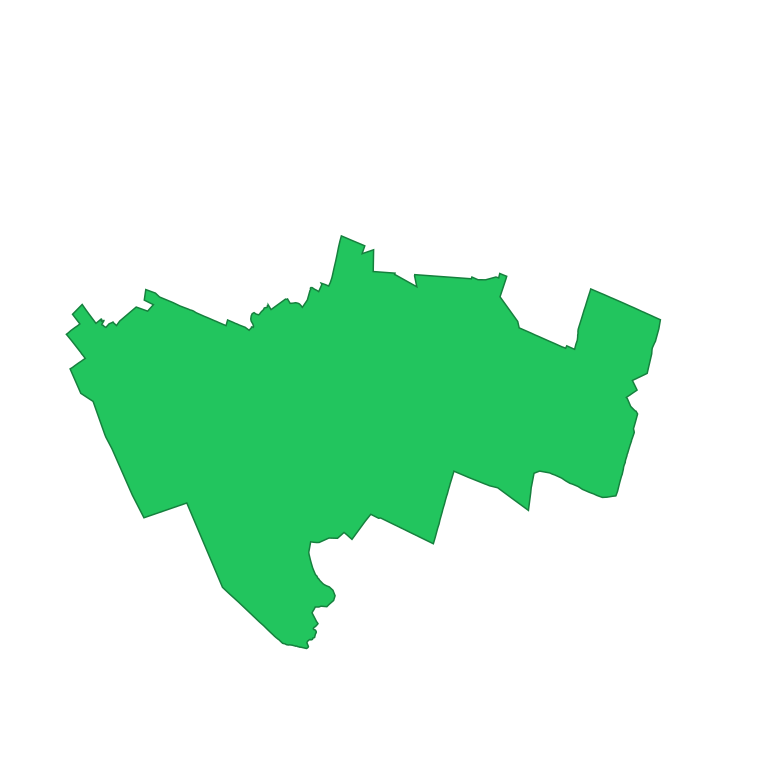 Tumbalá, Chiapas, Mexico, rotated 334°
{"feature_id": "50627088B92638751100187", "entity_name": "Tumbalá", "entity_type": "district", "adm_level": 2, "iso_a3": "MEX", "parent_name": "Mexico", "parent_adm1": "Chiapas", "projection": "natural_earth1", "projection_center": [-92.267, 17.308], "detail": "fine", "context": "isolated", "style": "filled", "palette": "green", "viewbox_px": 768, "rotation_deg": 334, "n_neighbors": 0, "source": "geoboundaries", "source_scale": "gbopen_adm2", "svg_char_len": 6123}
<svg xmlns="http://www.w3.org/2000/svg" viewBox="0 0 768 768"><g transform="rotate(334 384 384)"><path d="M660.6,447.4L659.3,445.9L657.0,443.1L655.9,441.8L654.8,440.4L650.2,434.9L649.1,433.5L647.9,432.2L644.5,428.0L642.3,425.3L641.1,423.9L639.9,422.5L638.8,421.2L634.9,416.5L630.4,411.2L628.1,408.5L627.0,407.2L625.8,405.9L624.4,404.2L621.8,401.1L620.7,399.8L618.4,397.2L611.5,389.2L609.9,391.0L606.3,394.7L604.2,396.9L600.2,401.2L599.1,402.4L596.2,405.3L595.1,406.5L594.0,407.7L592.8,409.0L591.6,410.3L590.1,411.9L583.1,419.3L582.2,420.4L581.3,421.9L580.6,423.5L579.5,425.0L578.7,426.6L576.9,429.4L573.9,432.4L570.5,436.4L566.9,432.1L565.9,430.9L565.0,429.8L562.9,431.5L561.7,430.1L560.3,428.7L555.0,422.3L550.3,416.8L543.6,408.8L541.5,406.4L538.6,402.8L530.1,392.8L531.6,386.4L526.5,356.5L539.4,343.3L541.5,341.0L539.3,338.6L536.5,335.4L533.6,338.9L531.5,336.9L521.0,334.9L514.2,331.5L509.9,326.4L508.6,327.7L497.6,321.3L459.6,299.2L459.2,299.9L458.9,300.1L456.1,311.0L442.2,291.0L441.9,290.7L441.5,290.3L442.5,289.2L423.6,278.2L433.5,258.8L421.5,257.3L422.7,256.0L427.3,251.4L416.4,238.9L414.1,236.2L410.6,232.2L407.1,236.2L403.1,241.1L398.7,246.9L394.5,252.3L390.4,257.3L385.5,263.5L383.7,265.7L380.3,269.2L377.2,271.7L374.9,269.0L371.7,265.8L371.7,267.4L365.8,272.3L364.6,270.3L363.2,268.5L361.7,265.9L360.6,265.3L360.3,265.4L360.0,265.5L359.6,266.1L359.5,267.0L358.5,267.5L354.6,271.9L351.9,274.9L346.7,277.9L344.2,279.3L343.7,276.8L343.1,275.0L342.1,273.7L340.2,272.2L337.8,271.5L335.0,270.4L334.6,265.7L334.6,265.3L333.7,265.3L332.7,264.5L315.1,267.6L314.6,262.2L314.5,262.4L313.7,262.3L313.0,263.5L312.2,263.8L310.9,263.4L309.7,263.2L308.2,264.4L306.2,265.0L304.4,265.7L303.3,266.4L301.7,266.9L299.7,265.1L298.5,262.9L296.4,263.0L294.5,264.6L292.8,267.1L292.2,269.1L292.4,272.5L292.1,274.8L291.6,275.6L291.2,275.8L290.4,274.8L289.9,274.7L289.1,275.6L287.7,276.0L286.3,276.6L284.1,272.2L279.9,267.7L278.2,265.6L277.0,264.4L275.5,262.5L271.5,257.9L270.8,258.7L269.9,259.7L268.5,261.3L267.6,262.3L262.6,256.5L260.6,254.1L259.5,252.9L254.3,246.8L252.3,244.6L246.4,237.6L245.0,235.3L244.4,234.5L243.5,233.5L242.3,232.5L241.7,231.9L241.4,231.4L234.9,224.5L230.1,218.4L220.4,207.4L218.4,202.1L211.3,194.7L205.3,203.5L211.5,211.6L203.5,214.9L195.0,206.2L193.0,206.7L177.9,210.6L174.3,211.5L174.0,211.6L169.2,214.2L167.7,210.4L167.6,209.5L166.3,209.6L163.3,209.4L158.9,211.2L157.6,209.5L157.5,208.4L156.7,207.7L156.4,207.2L156.5,206.7L160.1,204.3L160.1,204.1L159.1,204.0L158.7,204.2L157.8,204.1L157.5,203.6L157.6,203.2L158.1,202.9L158.3,202.6L158.6,202.3L158.6,202.2L158.3,201.6L155.6,202.3L151.7,203.2L149.6,192.3L148.6,186.7L147.6,180.2L134.6,184.8L137.0,196.7L134.3,197.3L133.0,197.5L131.4,197.7L125.9,198.7L124.2,199.2L122.4,199.7L120.3,200.1L121.0,203.0L122.2,208.1L125.1,221.8L125.3,222.4L125.4,223.9L125.6,224.9L125.9,225.9L126.7,230.0L123.3,230.5L122.6,230.7L118.7,231.2L114.6,231.9L111.0,232.6L108.5,232.8L107.4,259.5L114.9,272.1L110.9,307.1L110.7,309.8L111.1,323.1L109.1,373.6L109.6,399.0L154.6,404.5L149.7,496.0L153.2,505.2L157.7,516.4L167.7,543.2L169.9,548.5L171.8,554.0L173.1,557.5L174.5,561.2L174.9,562.4L176.0,565.0L176.4,565.7L176.6,566.3L177.5,567.9L178.5,570.8L179.2,572.6L180.5,573.7L181.2,574.2L182.0,575.5L182.8,576.0L183.3,576.5L184.1,576.9L185.2,577.2L185.7,577.7L186.3,578.1L186.8,578.3L187.2,578.7L189.8,581.0L190.0,581.0L190.6,581.3L191.6,582.5L192.3,582.9L192.6,583.4L194.0,584.2L198.2,587.6L198.5,587.8L199.1,587.7L199.4,587.7L200.1,587.5L200.3,587.4L200.9,587.0L201.0,586.5L201.1,585.7L201.1,585.1L201.2,584.1L201.2,583.1L201.3,582.7L202.2,582.0L202.6,581.7L203.2,581.5L203.8,581.5L204.4,581.2L205.1,581.1L205.7,581.2L205.8,581.7L206.2,582.0L207.2,582.1L207.7,582.2L208.0,582.0L208.4,581.5L208.4,581.3L209.4,581.3L210.1,581.4L210.6,581.3L210.8,581.1L211.2,580.5L212.4,579.1L213.0,578.5L213.2,578.4L213.4,578.1L213.8,578.0L214.2,577.6L214.5,576.9L214.6,576.5L214.5,576.1L214.5,575.2L214.1,574.7L213.5,574.2L213.3,573.9L213.1,573.3L213.1,573.1L213.5,572.7L213.8,572.5L214.0,572.3L214.3,572.3L214.8,572.0L215.7,572.0L216.4,571.9L216.9,571.6L217.1,571.5L217.5,571.3L218.1,571.2L218.9,570.8L219.0,570.8L219.6,570.5L219.5,569.3L219.2,567.8L219.2,565.8L219.0,558.2L219.2,557.9L219.4,557.8L220.2,557.3L220.5,557.0L221.4,556.5L222.9,555.5L224.4,554.3L227.8,555.9L230.0,556.1L235.0,559.1L238.2,558.0L243.8,556.5L247.2,552.9L247.7,547.0L245.9,542.4L243.8,540.1L242.4,538.2L241.8,537.2L241.4,536.2L240.1,532.2L240.0,530.8L239.4,529.2L239.5,527.2L239.1,526.2L238.8,525.1L238.9,524.0L239.0,521.7L239.1,520.4L239.2,519.1L239.2,518.4L240.2,512.5L240.9,509.0L241.9,504.5L242.6,502.3L248.9,493.7L251.7,495.6L254.2,497.1L256.3,498.0L267.0,498.3L274.6,502.3L283.0,499.9L284.1,502.3L287.1,509.6L307.0,499.1L315.0,495.3L320.3,502.3L322.2,502.9L358.3,549.2L359.7,547.7L362.9,544.2L368.8,537.4L370.8,535.3L372.1,534.0L372.4,533.6L373.1,532.7L374.7,530.7L377.9,527.1L380.5,524.2L381.7,522.7L383.8,520.4L385.6,518.5L388.4,515.2L391.1,512.2L392.8,510.5L395.8,507.0L398.3,504.3L399.3,503.1L403.9,498.2L404.7,497.3L407.6,494.2L408.6,493.0L411.2,496.0L412.1,497.0L416.7,502.3L418.0,503.8L418.4,504.3L421.2,507.4L428.9,515.9L430.8,518.0L431.9,519.1L434.2,521.7L440.7,527.1L449.7,544.4L458.4,560.9L468.1,546.2L471.0,541.5L471.9,540.4L479.7,530.0L485.7,530.5L494.0,536.6L495.7,538.7L497.6,540.6L502.4,546.4L504.9,550.8L507.6,554.8L509.5,556.6L513.5,561.2L514.6,563.0L516.1,565.6L518.7,568.6L520.9,571.2L522.6,573.0L524.1,574.5L526.6,577.6L530.6,581.7L533.0,582.7L534.6,583.4L538.2,584.5L540.2,585.1L543.3,586.2L543.7,585.9L546.9,582.8L552.9,575.6L556.9,571.1L558.5,569.6L559.9,567.8L561.7,565.6L562.8,563.9L564.1,562.4L566.5,560.2L566.9,559.4L568.0,558.0L570.8,555.1L571.8,553.7L572.6,553.1L574.4,551.1L578.3,546.9L579.8,545.4L581.4,543.8L581.4,543.7L582.3,542.6L582.8,542.2L587.6,537.4L588.1,536.0L588.6,533.6L593.3,528.4L598.8,522.1L598.6,518.9L598.2,518.7L597.3,516.5L595.9,512.3L596.3,503.8L595.9,502.3L608.8,500.4L608.8,489.7L625.2,489.8L637.8,474.3L639.3,471.7L640.1,470.4L641.0,469.2L645.4,465.5L645.9,465.2L646.7,464.6L648.5,462.5L655.2,454.9L660.6,447.4Z" fill="#22c55e" stroke="#15803d" stroke-width="1.5"/></g></svg>